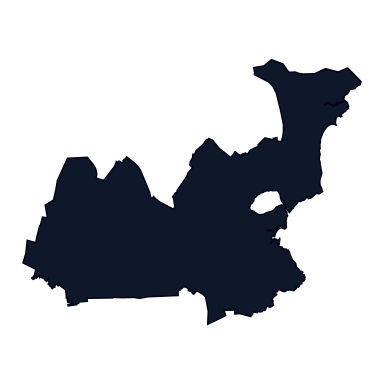 Maungakiekie-TÄmaki Local Board Area, Auckland, New Zealand (Natural Earth projection)
{"feature_id": "76426892B3481372105760", "entity_name": "Maungakiekie-TÄmaki Local Board Area", "entity_type": "district", "adm_level": 2, "iso_a3": "NZL", "parent_name": "New Zealand", "parent_adm1": "Auckland", "projection": "natural_earth1", "projection_center": [174.844, -36.902], "detail": "fine", "context": "isolated", "style": "filled", "palette": "ink", "viewbox_px": 384, "rotation_deg": 0, "n_neighbors": 0, "source": "geoboundaries", "source_scale": "gbopen_adm2", "svg_char_len": 6024}
<svg xmlns="http://www.w3.org/2000/svg" viewBox="0 0 384 384"><path d="M45.2,205.2L47.4,217.3L45.7,217.6L42.5,217.1L40.4,225.4L39.8,225.6L36.7,237.4L35.8,242.6L27.2,240.3L25.9,253.2L23.0,262.9L35.7,269.2L34.7,274.7L33.1,277.1L31.7,277.9L32.2,278.7L33.6,279.4L35.3,277.8L36.6,278.1L37.1,276.7L37.7,276.2L37.8,276.7L38.8,275.5L39.3,275.8L39.5,276.8L39.6,276.5L44.7,279.1L44.8,279.9L46.2,280.6L46.3,281.1L46.9,280.5L47.1,278.9L47.9,278.7L47.7,280.8L48.4,281.0L49.3,282.6L48.2,284.0L49.3,284.9L50.2,286.4L51.0,286.5L52.2,288.7L53.5,287.5L54.9,287.1L54.7,285.3L56.9,284.2L57.8,285.6L58.5,285.8L58.9,285.0L59.2,285.1L65.1,289.4L65.8,290.4L66.4,298.1L68.3,298.4L67.2,299.8L67.6,302.0L68.5,302.3L71.4,302.0L72.8,303.3L68.0,304.5L68.1,305.9L76.7,304.7L76.6,303.7L78.7,303.4L78.7,302.0L87.3,301.3L86.9,298.3L112.1,297.9L114.3,297.4L122.4,297.7L134.0,297.4L139.7,298.3L147.6,296.8L178.2,295.5L178.0,290.0L179.7,290.1L179.1,288.8L179.6,288.6L179.8,289.2L181.6,288.8L183.3,286.9L186.6,287.2L187.6,288.6L188.8,288.8L188.7,289.6L189.3,290.6L188.9,290.8L191.2,291.5L193.2,294.1L194.3,293.8L195.5,291.9L197.6,291.0L203.0,294.4L205.6,297.0L208.3,311.2L207.7,324.3L225.6,315.6L224.1,310.4L234.5,310.0L234.8,314.0L239.7,313.6L249.5,316.2L248.9,315.5L251.2,315.9L251.6,315.0L252.5,314.6L252.8,313.0L253.3,312.4L254.3,312.1L257.2,312.6L258.5,311.4L259.8,311.9L262.2,311.6L262.7,310.6L264.6,310.3L265.6,309.7L265.9,308.1L267.3,306.1L269.9,307.3L273.4,305.4L272.7,302.0L273.2,300.9L272.3,300.0L272.2,299.3L273.1,297.5L276.7,294.7L276.6,294.0L274.9,293.9L274.6,293.0L275.1,292.4L277.4,291.6L277.4,290.9L279.3,289.6L282.7,291.3L284.6,291.6L285.9,291.1L286.0,290.3L286.8,290.0L288.4,290.3L289.4,289.9L293.3,290.6L294.3,290.3L296.4,288.4L296.3,286.8L298.5,287.2L299.6,285.9L299.5,284.3L301.8,283.8L302.0,283.1L301.8,281.5L303.1,281.4L304.0,280.8L304.8,279.5L304.6,278.4L305.0,277.5L304.0,274.7L302.5,274.4L301.9,273.8L302.8,272.3L301.9,271.5L300.3,271.3L299.3,270.6L299.0,269.4L296.5,267.2L295.7,263.7L295.0,262.4L293.1,261.2L293.0,260.5L291.9,259.4L292.0,258.8L290.1,254.9L289.6,252.6L288.2,250.1L287.5,250.3L286.1,249.1L284.8,249.2L283.3,248.6L282.4,249.0L282.5,248.2L281.9,247.0L279.7,246.4L278.7,246.7L278.1,246.1L278.3,245.1L279.1,244.7L279.8,239.5L279.6,238.5L278.6,239.6L277.4,240.2L277.0,239.7L276.1,239.9L275.9,239.2L274.8,239.4L274.6,238.9L274.3,239.4L273.6,239.0L270.6,243.5L269.6,243.8L270.6,243.3L272.5,239.6L271.0,238.1L270.8,237.3L271.6,236.8L274.7,236.4L275.5,233.1L278.0,229.4L279.8,228.3L279.2,227.9L277.4,227.9L276.6,228.6L277.0,229.5L276.8,230.4L275.6,231.3L272.8,231.6L270.4,230.7L268.1,230.8L267.0,230.6L266.9,230.4L268.4,230.3L269.1,229.6L272.5,230.6L274.8,230.1L275.4,229.6L276.2,227.6L277.3,226.7L279.5,226.5L279.3,226.0L280.0,225.4L280.7,225.7L281.5,227.8L283.9,228.8L284.9,228.9L286.5,227.5L286.1,224.4L286.4,222.4L285.3,220.4L286.3,220.2L286.6,217.2L287.7,215.8L287.0,214.4L287.0,212.7L284.6,209.1L283.3,205.7L282.8,205.1L281.2,205.0L276.2,207.1L274.0,210.0L270.8,211.6L266.5,212.7L263.8,214.2L259.4,214.9L257.0,213.8L253.4,211.1L251.4,210.7L250.2,209.6L249.7,208.1L248.6,207.1L249.9,206.7L250.4,204.3L252.1,203.3L253.2,201.2L253.8,200.9L253.9,198.1L254.4,198.2L255.1,197.1L255.6,197.2L257.7,195.0L259.7,194.1L260.1,193.2L263.4,192.3L264.1,191.5L265.8,191.3L266.7,190.4L268.2,191.0L270.9,190.3L272.6,190.7L277.4,190.5L279.9,194.0L280.7,198.6L281.5,200.9L284.8,205.5L285.3,207.5L289.4,212.5L291.9,209.5L292.1,208.2L292.7,207.8L293.3,208.2L293.7,207.0L296.8,203.8L298.4,201.1L300.2,201.6L302.5,200.4L303.8,200.3L305.1,199.2L305.2,198.5L306.4,197.8L306.9,196.7L308.4,198.6L310.6,198.2L314.5,195.0L315.5,193.7L317.5,193.5L319.0,193.9L322.6,191.6L321.8,190.3L321.8,189.0L320.1,185.1L319.8,183.3L319.9,179.7L321.8,172.9L320.2,164.8L320.0,161.9L319.2,159.3L319.8,155.2L320.2,154.7L319.2,150.4L320.1,148.5L319.8,144.9L320.4,141.9L320.4,139.2L323.2,132.0L325.9,128.0L328.0,125.8L330.8,124.3L333.6,124.2L335.1,124.7L335.4,124.4L335.7,125.0L336.2,125.1L335.5,123.5L335.4,122.0L336.2,117.8L337.4,116.5L338.5,116.1L339.6,116.0L340.5,116.9L341.7,116.3L341.4,115.1L342.0,113.1L343.3,112.9L343.9,111.6L344.8,111.8L345.4,111.3L345.3,110.8L346.0,110.7L346.3,109.6L348.4,108.6L348.1,107.8L348.6,106.2L347.1,102.2L345.6,101.0L343.2,102.2L342.1,102.3L340.4,103.4L338.4,103.9L337.5,104.5L337.2,105.5L336.7,106.2L337.1,104.8L336.4,104.2L335.4,104.7L334.5,105.9L333.0,106.4L328.4,103.2L327.2,103.3L325.4,104.5L324.9,104.4L325.3,103.7L325.0,103.3L328.4,102.3L330.5,104.0L333.5,105.4L334.4,104.2L336.2,103.2L336.3,102.2L337.4,103.2L338.2,102.6L340.0,102.6L343.7,101.0L344.3,100.3L343.6,98.7L342.9,98.2L343.9,98.2L344.6,95.5L347.5,93.8L350.3,89.3L354.8,88.6L355.6,87.3L357.1,86.3L357.5,85.4L360.1,84.8L361.0,81.6L347.9,68.1L347.1,68.1L338.4,72.0L325.4,68.7L314.6,73.8L302.9,74.0L299.3,73.5L294.9,72.0L290.8,72.3L289.1,72.0L287.8,71.0L283.1,64.1L271.5,59.7L264.0,65.9L253.7,67.6L254.6,72.7L254.4,74.7L268.8,82.0L272.6,85.8L276.3,93.0L280.8,111.3L283.5,125.0L283.4,131.7L282.8,136.3L281.3,141.7L277.1,141.0L276.9,137.6L273.3,138.4L273.9,140.0L264.9,137.9L258.1,144.8L258.3,146.4L250.3,150.1L247.7,154.1L245.2,153.0L244.8,154.0L243.7,153.6L243.4,154.1L242.4,154.0L240.6,155.8L239.9,155.0L239.5,155.3L235.3,151.8L234.8,151.9L233.1,155.1L232.9,154.9L230.8,157.5L219.3,148.5L212.3,140.0L208.6,138.6L208.3,139.4L206.7,139.5L205.6,140.6L203.8,143.7L196.1,150.7L194.6,154.6L193.0,154.2L192.6,155.3L192.8,157.2L190.4,161.5L189.8,165.0L192.2,167.2L192.3,168.0L187.7,173.4L187.4,174.9L185.5,178.3L177.2,190.3L177.7,190.6L176.1,193.0L175.4,192.9L172.6,196.9L173.2,197.5L173.8,199.7L174.3,203.7L174.9,205.6L173.9,209.4L159.9,202.1L155.6,198.8L153.6,196.5L152.4,198.2L150.8,198.0L149.6,192.4L140.5,170.3L138.7,167.6L134.5,163.0L126.8,157.0L124.7,159.7L124.2,159.3L123.2,160.6L123.8,160.9L122.2,163.4L121.7,163.1L121.9,162.8L119.0,161.1L117.4,162.7L116.3,161.6L114.6,166.4L103.4,180.8L103.0,180.1L96.3,178.2L96.7,173.6L95.6,168.5L93.6,165.0L87.3,157.3L67.5,158.3L57.4,180.5L56.1,188.6L53.5,200.1L45.2,205.2Z" fill="#0f172a" stroke="#020617" stroke-width="1.5"/></svg>